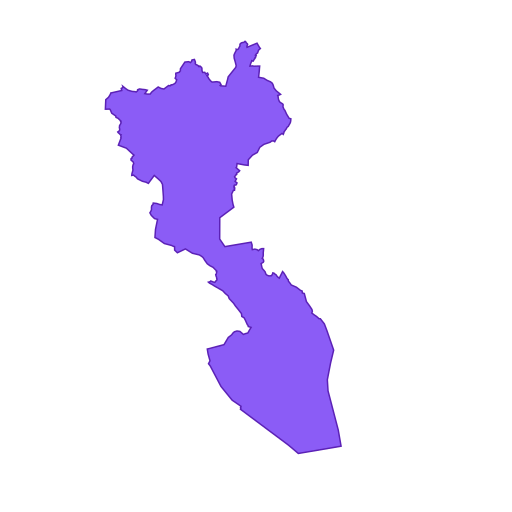 outline of Idemili South, Anambra, Nigeria, rotated 247°
{"feature_id": "59680162B38736391522213", "entity_name": "Idemili South", "entity_type": "district", "adm_level": 2, "iso_a3": "NGA", "parent_name": "Nigeria", "parent_adm1": "Anambra", "projection": "orthographic", "projection_center": [6.922, 6.058], "detail": "fine", "context": "isolated", "style": "filled", "palette": "violet", "viewbox_px": 512, "rotation_deg": 247, "n_neighbors": 0, "source": "geoboundaries", "source_scale": "gbopen_adm2", "svg_char_len": 6143}
<svg xmlns="http://www.w3.org/2000/svg" viewBox="0 0 512 512"><g transform="rotate(247 256 256)"><path d="M454.1,318.5L453.5,318.4L452.8,317.9L450.9,315.6L449.5,314.2L446.6,313.2L442.5,312.7L438.9,312.1L437.5,311.0L436.4,308.9L431.8,300.4L429.7,298.9L424.1,294.5L426.5,289.9L427.0,289.6L427.5,290.8L428.1,290.7L430.1,290.5L431.8,288.0L433.1,283.9L433.6,283.3L435.0,282.6L438.3,281.7L439.0,281.9L440.0,281.5L441.3,281.3L441.2,282.5L441.6,283.0L443.3,282.9L443.3,280.9L445.1,280.6L445.8,278.6L447.3,278.7L448.4,278.9L449.3,279.4L450.8,279.6L452.8,278.6L452.8,278.3L452.5,277.6L452.9,277.2L453.6,277.3L455.4,276.0L455.5,275.6L456.7,275.2L458.1,276.0L458.7,276.0L459.7,276.1L461.0,276.1L461.4,274.1L461.5,273.7L460.8,273.0L460.3,272.8L459.7,271.1L460.5,270.6L461.2,269.9L462.3,266.3L457.9,259.6L455.9,258.7L455.6,257.7L455.1,257.3L455.6,253.6L454.6,253.1L453.4,252.8L452.3,252.1L451.2,251.0L450.4,251.3L449.3,251.9L447.5,250.4L446.6,249.0L446.4,247.6L446.3,246.6L446.4,245.4L446.8,244.8L446.2,243.9L446.3,243.3L447.1,242.2L445.7,236.5L447.4,234.0L449.8,232.0L448.4,226.4L447.8,224.4L447.4,223.5L446.4,221.9L447.4,219.4L448.9,217.1L451.1,220.7L452.5,218.9L453.9,216.3L454.6,215.2L455.3,214.0L455.3,212.1L454.8,212.1L454.3,211.4L453.8,209.7L454.4,209.1L454.7,208.6L455.9,206.3L457.1,204.8L458.6,203.0L459.5,202.4L461.3,201.3L464.3,199.7L463.5,199.6L463.2,199.5L463.1,198.5L462.9,198.4L462.9,197.4L460.8,197.1L462.8,186.0L461.9,185.3L460.5,183.4L459.7,182.2L458.6,178.8L450.0,174.7L448.4,178.7L447.7,179.0L443.8,179.0L439.7,181.6L438.3,181.3L436.7,182.8L432.9,184.4L432.7,183.9L431.4,183.9L430.5,183.0L429.4,181.4L427.4,180.3L426.3,180.2L425.9,180.1L425.4,179.7L424.7,179.3L424.2,177.2L423.5,177.3L422.3,177.9L420.8,178.5L420.3,179.1L420.0,178.6L419.5,178.6L418.8,178.5L418.1,177.9L417.6,178.0L417.1,177.7L411.8,172.6L405.9,178.8L397.4,182.6L397.2,182.9L396.7,183.1L396.4,183.0L396.2,182.5L395.8,181.4L395.6,180.8L394.6,180.2L394.7,179.9L394.5,179.1L393.8,178.7L393.2,178.4L391.1,179.4L390.6,179.7L390.3,179.7L388.7,179.5L388.5,179.2L388.0,178.5L386.5,177.4L385.0,176.8L383.8,176.5L382.9,176.1L380.3,174.0L378.7,173.1L378.3,174.9L377.0,175.5L375.4,176.5L373.3,177.1L372.0,178.2L369.2,180.6L367.2,183.2L367.1,183.5L366.9,183.6L364.9,185.3L366.4,187.8L369.9,193.8L365.2,196.1L361.8,197.6L358.5,197.9L353.7,196.3L347.0,194.0L344.0,192.8L339.7,189.6L341.1,187.4L343.1,185.2L344.9,182.1L343.6,181.2L343.1,179.8L341.9,178.9L339.5,177.9L338.2,176.6L337.2,175.2L334.2,175.5L330.1,177.2L328.2,179.7L319.8,173.9L312.5,170.2L309.5,172.7L303.3,176.5L298.7,182.4L297.2,183.7L296.5,184.7L293.2,183.4L289.7,184.9L290.1,193.8L283.4,198.5L279.1,204.3L276.8,205.9L275.2,206.7L271.9,207.2L267.9,208.1L265.2,209.7L262.3,212.1L257.6,213.9L257.4,213.5L256.8,213.7L254.8,212.3L254.7,211.7L253.4,211.4L251.9,211.4L250.5,211.0L250.0,211.1L249.6,210.8L248.8,210.1L248.7,209.1L247.9,208.0L248.0,207.4L248.8,206.5L250.7,204.6L250.3,203.7L250.5,202.0L249.2,202.6L247.0,204.4L244.8,205.9L237.0,211.8L233.4,213.1L230.2,214.8L227.2,214.7L221.3,216.9L218.1,217.5L214.0,218.7L208.7,220.1L205.9,219.3L203.8,220.9L201.3,221.1L196.2,221.2L195.1,221.6L194.1,221.3L192.2,223.6L190.5,221.2L188.3,218.4L188.7,215.8L188.7,213.8L190.1,213.1L192.9,211.7L194.4,209.2L194.7,206.5L194.1,204.7L192.9,202.7L192.2,200.0L191.9,198.7L186.9,191.9L189.4,174.8L184.4,173.6L177.5,172.7L175.4,170.2L172.8,170.9L149.6,172.8L132.6,177.7L123.5,183.5L122.5,182.5L121.9,182.7L121.0,181.8L69.2,212.0L57.7,217.8L47.7,260.0L63.6,263.7L103.7,269.6L114.2,273.3L128.6,283.0L139.0,290.7L159.3,292.1L166.8,292.4L173.1,290.7L173.8,289.4L175.1,288.9L176.9,288.0L179.0,286.6L181.7,285.1L183.1,286.3L185.0,286.6L189.3,285.8L194.3,284.6L202.6,285.8L203.9,284.2L205.7,284.8L207.0,283.5L211.5,281.0L215.6,277.1L217.3,276.8L220.2,276.0L221.5,276.4L222.2,276.1L223.7,275.7L225.5,275.6L228.2,275.2L229.4,275.0L231.3,274.4L228.6,271.2L226.5,268.8L227.8,268.0L228.7,267.6L229.8,267.3L230.7,267.2L232.6,266.0L233.1,265.9L233.9,264.9L233.1,264.3L231.8,262.6L232.4,260.7L232.8,259.9L233.5,259.2L234.2,258.6L235.0,258.1L236.3,258.1L237.9,258.2L240.0,257.6L241.6,257.0L242.4,256.9L244.3,257.2L246.6,257.7L247.0,257.7L247.4,260.3L248.2,261.1L249.3,261.3L250.2,261.4L251.1,261.0L251.4,260.8L252.6,262.2L253.9,263.0L256.3,264.0L257.9,264.9L259.8,265.9L260.5,264.3L260.6,262.3L260.0,260.2L261.4,259.5L262.8,257.6L263.3,255.1L264.7,255.4L267.6,256.7L270.6,257.0L276.8,231.0L285.8,229.2L305.4,237.6L309.6,254.7L312.4,255.0L316.7,255.9L322.6,257.8L325.4,261.0L324.9,261.9L326.5,262.8L326.7,262.5L327.3,263.0L327.9,262.6L328.4,263.1L328.7,262.9L329.4,263.4L329.7,263.8L329.5,264.5L329.2,265.2L329.4,265.8L330.7,267.1L332.8,265.9L334.0,267.3L334.6,268.2L336.4,267.2L337.3,267.2L338.0,268.5L338.5,268.9L338.5,269.8L338.7,270.2L339.3,270.3L339.9,270.5L340.0,271.6L340.3,273.2L340.9,274.3L345.0,272.2L345.3,272.8L348.5,274.7L344.3,281.0L342.5,284.2L347.6,286.5L350.2,292.1L350.8,297.6L354.6,302.0L355.7,307.0L355.2,313.4L355.7,315.4L355.0,317.2L353.9,317.9L355.3,319.6L356.7,321.7L357.6,323.5L358.7,327.9L357.3,328.6L358.5,329.8L359.3,330.3L360.3,332.0L360.8,332.6L361.0,333.3L361.7,334.1L362.4,335.0L362.7,336.4L363.8,337.7L364.8,339.1L365.7,340.0L366.9,340.8L368.7,341.7L369.8,340.3L374.6,339.6L378.8,339.5L380.0,339.1L382.7,339.1L384.7,340.1L385.5,340.0L386.4,339.4L387.8,338.4L389.0,337.9L390.4,337.9L391.3,337.9L392.2,338.1L394.4,338.7L395.3,338.7L395.1,340.4L395.2,341.8L400.1,339.2L403.6,338.2L406.6,338.6L408.7,338.5L410.7,337.4L413.4,334.8L416.6,332.6L419.5,328.2L425.2,331.4L426.8,332.2L429.4,333.6L430.8,330.1L431.5,328.3L432.4,327.0L432.9,325.4L433.2,324.6L435.8,326.8L436.7,327.9L437.5,328.4L436.5,329.5L437.5,330.9L438.0,331.5L438.1,332.0L439.0,332.6L438.8,333.0L440.0,334.0L440.5,334.5L441.0,333.9L441.4,334.3L442.2,336.0L442.2,336.7L443.4,337.8L444.4,338.6L445.3,341.1L446.6,340.7L451.5,340.1L451.6,331.1L451.6,329.3L452.3,329.4L453.0,329.9L454.1,331.0L454.6,331.0L455.9,330.4L456.2,330.3L457.0,330.3L457.9,329.8L457.4,328.2L457.8,326.9L457.9,325.8L457.6,324.7L457.2,324.0L456.4,323.6L455.6,323.3L454.7,322.1L453.6,320.8L453.3,320.1L453.2,319.7L453.7,319.1L454.1,318.5Z" fill="#8b5cf6" stroke="#5b21b6" stroke-width="1.5"/></g></svg>